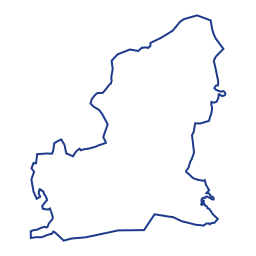 Kiri Kasama, Jigawa, Nigeria (Albers equal-area conic projection)
{"feature_id": "59680162B41078826165134", "entity_name": "Kiri Kasama", "entity_type": "district", "adm_level": 2, "iso_a3": "NGA", "parent_name": "Nigeria", "parent_adm1": "Jigawa", "projection": "albers", "projection_center": [10.22, 12.6], "detail": "fine", "context": "isolated", "style": "outline", "palette": "blue", "viewbox_px": 256, "rotation_deg": 0, "n_neighbors": 0, "source": "geoboundaries", "source_scale": "gbopen_adm2", "svg_char_len": 3763}
<svg xmlns="http://www.w3.org/2000/svg" viewBox="0 0 256 256"><path d="M112.7,69.1L112.1,72.5L111.2,77.8L111.7,80.4L110.9,83.5L109.2,84.8L105.4,89.8L102.8,92.8L97.4,93.1L95.2,94.8L91.7,99.2L90.5,103.4L93.7,106.7L99.0,109.9L102.1,113.9L107.7,124.3L104.4,133.7L103.3,137.2L104.6,139.8L105.3,141.1L105.9,142.8L103.6,143.7L101.5,144.4L99.2,145.1L95.0,146.9L88.9,148.6L83.7,149.3L80.8,150.3L79.6,148.7L76.7,150.9L75.3,152.6L73.0,156.3L66.3,153.4L64.5,144.9L61.3,139.5L58.9,140.5L54.3,143.1L53.2,150.8L52.0,153.7L46.5,153.5L37.1,154.2L36.8,157.2L36.0,163.2L35.7,163.4L34.8,163.4L33.5,163.0L31.5,168.4L34.1,171.7L31.4,179.4L33.5,191.5L36.7,198.8L40.2,196.7L38.9,194.1L38.8,191.4L39.3,190.6L39.5,189.8L39.5,189.3L40.2,189.3L40.5,189.5L40.8,189.7L41.0,189.9L41.1,190.2L41.3,190.2L41.4,190.3L41.6,190.5L42.2,190.8L42.9,191.1L43.3,191.6L43.5,192.2L43.7,193.0L43.9,193.6L44.0,194.1L44.3,194.4L45.8,196.3L47.1,200.0L44.8,202.7L42.8,205.3L42.2,206.0L42.3,206.9L42.6,207.3L43.0,208.9L44.2,209.0L45.7,209.3L46.8,209.3L48.1,209.6L50.0,208.5L50.3,209.4L52.2,215.0L52.4,216.0L52.7,216.7L52.8,217.7L52.6,218.7L51.9,219.7L51.3,220.5L50.6,221.3L49.4,222.8L48.7,223.8L48.4,224.6L48.2,225.1L48.0,225.7L47.9,226.1L47.5,226.9L47.1,227.3L46.8,227.4L45.9,227.3L45.5,227.2L45.1,227.0L44.6,226.9L44.2,226.9L43.8,226.9L43.2,227.1L42.5,227.4L41.7,227.6L41.1,227.8L40.4,228.2L39.3,228.7L38.5,229.0L38.2,229.3L37.8,229.3L37.5,229.3L37.1,229.5L36.1,229.9L35.5,230.0L34.9,230.0L34.5,230.0L34.0,230.1L33.5,230.1L32.0,230.7L31.7,231.0L30.9,231.4L30.7,231.4L30.9,238.0L35.9,237.2L41.8,237.2L47.6,234.9L50.1,234.2L51.8,233.9L53.3,231.5L54.1,231.8L55.2,232.7L55.8,233.3L56.6,233.8L57.5,234.8L57.8,235.0L63.7,240.6L71.7,238.5L85.7,237.3L108.4,232.5L118.2,230.4L134.7,230.2L144.0,230.1L154.6,214.3L172.0,217.1L172.6,216.9L181.5,221.1L183.6,221.7L184.6,221.9L193.6,224.2L195.3,224.7L200.4,225.2L203.4,225.6L206.5,223.5L208.6,223.4L209.8,224.3L211.2,223.2L214.6,222.7L217.2,219.7L217.8,218.9L214.1,215.5L212.2,213.4L211.0,211.5L209.9,209.8L209.7,209.4L208.6,208.5L207.5,208.3L207.1,206.6L204.8,205.3L204.7,204.1L203.9,203.5L203.2,203.8L202.5,204.7L201.9,204.9L201.2,204.3L201.5,203.5L202.2,203.5L202.5,203.1L203.0,202.8L203.4,202.3L203.9,201.5L203.7,200.6L203.4,200.5L202.8,200.6L202.4,201.1L201.7,201.6L201.5,200.5L201.6,199.5L202.1,198.8L202.8,198.1L203.4,197.7L204.1,198.0L204.8,198.0L205.4,197.7L205.4,197.1L206.0,196.6L207.0,196.5L207.8,196.9L208.5,197.4L209.4,197.5L210.1,198.0L211.0,198.7L211.8,199.2L212.7,199.6L213.6,199.4L213.6,198.5L213.0,197.0L212.1,196.7L211.1,196.3L208.9,193.4L206.5,193.1L209.1,190.2L208.2,188.7L205.9,184.6L204.8,180.2L204.3,180.5L203.5,180.8L197.4,179.7L193.3,178.2L191.4,176.6L188.9,174.1L187.8,173.3L186.7,172.5L186.2,171.9L186.1,171.2L186.5,170.3L187.2,169.5L188.0,168.4L188.7,167.1L190.2,161.8L191.5,159.6L193.2,155.1L194.0,152.4L192.0,135.1L193.7,131.9L195.2,123.3L200.1,123.5L204.2,122.3L208.9,120.9L210.9,114.6L211.6,112.0L212.1,107.8L211.2,104.3L211.4,102.0L213.0,102.5L214.2,102.6L215.5,102.2L216.7,101.6L217.4,100.1L218.2,98.3L218.5,96.9L218.6,95.3L218.6,94.4L219.4,94.3L220.9,95.3L222.1,96.1L223.1,95.9L224.1,95.5L225.2,94.7L225.3,93.6L224.3,91.7L223.4,91.1L222.1,91.4L220.8,91.6L218.9,91.0L217.1,90.3L215.6,89.4L214.5,88.4L214.8,87.1L215.6,86.1L216.5,85.4L218.0,85.3L218.3,82.4L218.1,81.4L218.0,80.3L215.7,69.1L213.8,60.9L215.2,57.7L216.4,56.0L219.7,52.6L223.4,48.9L215.9,38.8L213.8,34.5L212.1,28.8L210.7,20.4L197.1,15.4L184.0,19.1L180.2,21.6L172.8,30.6L161.1,37.8L156.1,40.2L150.6,42.8L150.3,46.1L149.9,46.5L149.1,47.2L148.6,47.3L148.3,47.3L148.1,47.8L148.0,48.0L146.8,47.6L145.0,47.4L144.3,47.5L143.7,47.6L143.2,47.8L142.7,47.9L142.4,47.9L142.0,47.6L138.2,51.0L130.0,49.5L117.6,54.3L111.6,60.8L112.7,69.1Z" fill="none" stroke="#1e3a8a" stroke-width="2"/></svg>